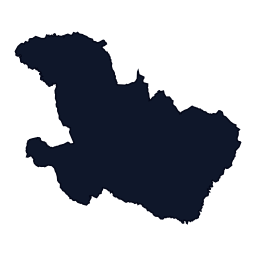 Paltas, Loja, Ecuador (Robinson projection)
{"feature_id": "8360857B19688519580687", "entity_name": "Paltas", "entity_type": "district", "adm_level": 2, "iso_a3": "ECU", "parent_name": "Ecuador", "parent_adm1": "Loja", "projection": "robinson", "projection_center": [-79.812, -4.002], "detail": "fine", "context": "isolated", "style": "filled", "palette": "ink", "viewbox_px": 256, "rotation_deg": 0, "n_neighbors": 0, "source": "geoboundaries", "source_scale": "gbopen_adm2", "svg_char_len": 5712}
<svg xmlns="http://www.w3.org/2000/svg" viewBox="0 0 256 256"><path d="M73.6,32.7L72.3,35.2L70.3,35.4L67.9,34.3L65.0,35.3L64.0,37.1L63.7,36.0L63.2,35.8L62.0,36.5L59.7,36.4L58.5,35.8L57.5,36.4L55.8,36.1L55.3,35.3L55.3,34.3L54.5,33.9L53.7,34.5L54.4,35.7L53.0,36.4L51.8,35.3L49.3,36.5L48.9,35.3L47.9,35.6L46.7,35.1L45.7,37.7L44.4,38.6L41.3,38.6L35.7,36.6L32.6,38.7L29.9,38.9L29.2,39.8L29.1,41.5L28.5,42.1L27.2,42.3L25.6,41.7L23.9,44.1L22.0,43.5L21.0,43.9L18.1,46.5L15.4,51.4L16.0,53.1L16.5,53.5L16.0,54.7L16.1,55.2L17.4,55.9L18.8,56.0L20.0,54.8L21.0,55.4L21.2,56.3L19.8,57.2L20.5,58.5L20.9,61.6L21.4,62.2L22.9,62.1L24.7,63.8L26.0,63.3L28.3,65.4L28.6,67.7L29.8,67.5L32.5,69.1L35.1,67.7L36.2,69.5L36.7,69.5L37.1,68.8L37.5,69.9L38.3,70.1L38.5,71.0L40.5,71.9L41.1,73.2L39.8,73.7L39.8,74.2L42.3,76.4L40.9,76.9L40.7,79.2L41.7,79.9L43.2,79.6L43.5,81.0L44.7,81.3L46.1,82.8L46.8,84.1L47.9,84.0L48.1,85.2L48.8,86.0L49.5,86.2L51.3,85.2L52.2,85.2L52.9,83.4L53.9,83.9L55.5,83.3L56.7,84.3L56.4,85.4L56.8,86.7L55.2,90.5L55.4,93.3L55.8,94.0L55.6,98.4L57.0,102.2L56.3,104.2L56.6,106.7L57.8,107.7L57.8,111.1L59.4,115.3L59.3,118.0L59.6,118.9L61.3,120.4L63.5,125.5L65.2,125.4L67.0,126.0L67.8,126.8L68.5,126.5L69.1,127.5L70.3,127.7L70.4,129.9L69.7,131.7L69.9,132.8L74.0,142.5L73.7,143.4L73.0,143.8L70.3,144.2L68.6,142.6L67.8,142.4L63.7,144.6L61.8,145.0L61.4,145.6L60.3,145.3L58.1,146.4L56.2,146.6L55.1,147.3L54.4,147.1L53.1,148.1L51.3,147.5L50.6,147.8L48.0,146.0L46.9,145.8L46.7,144.5L45.9,143.8L45.7,143.0L45.1,142.9L44.6,142.2L42.4,141.8L41.4,141.3L40.5,140.5L40.2,138.6L39.4,137.9L37.3,137.7L36.5,138.7L36.0,138.1L32.5,138.9L29.5,139.8L29.0,140.6L27.9,141.1L28.0,142.2L27.3,143.3L27.4,145.4L26.4,147.9L26.6,150.1L26.2,150.9L26.7,151.3L26.7,152.5L27.7,153.5L26.6,156.8L27.9,157.0L30.3,155.8L30.3,155.4L32.4,156.5L32.5,157.5L33.1,157.5L33.7,159.0L34.4,159.6L33.7,160.8L34.5,163.3L36.5,165.4L37.3,165.1L37.7,166.0L38.4,166.4L39.0,165.9L41.2,166.3L44.2,166.2L44.8,166.6L48.0,164.9L52.1,165.5L54.7,168.2L55.5,171.1L56.6,173.2L57.5,176.7L57.8,180.4L58.7,181.9L60.6,183.7L60.5,187.5L61.6,188.4L62.9,190.5L64.6,191.3L66.5,193.8L67.7,194.5L69.0,196.2L69.8,196.6L70.1,198.4L71.6,198.3L73.1,200.2L74.3,200.4L75.3,200.0L76.3,200.5L77.2,201.5L77.9,201.7L77.9,202.2L80.8,203.2L81.8,203.0L82.9,204.0L86.5,204.9L87.9,203.4L89.2,202.8L88.9,201.3L90.9,197.8L90.9,197.3L89.7,196.9L89.7,195.9L93.0,195.5L94.0,196.5L96.6,197.5L98.1,195.5L98.9,193.8L101.0,193.3L101.2,191.3L102.3,189.7L102.7,187.7L103.1,187.7L106.6,188.7L108.9,190.7L110.4,191.0L110.6,192.6L112.3,191.5L112.7,192.9L113.6,193.8L113.3,195.1L114.0,196.0L115.4,196.8L117.0,196.7L117.9,197.8L118.6,197.7L119.1,198.8L121.3,199.0L125.5,201.9L126.2,202.1L128.5,201.0L129.4,201.9L131.1,201.7L133.8,202.5L134.7,203.3L137.4,202.6L138.0,204.4L139.2,203.7L141.3,203.8L142.2,204.8L142.9,205.0L142.6,205.7L142.9,206.2L145.4,207.8L146.6,207.9L147.3,209.9L147.9,210.6L149.1,210.4L151.1,212.1L152.8,212.8L153.6,214.6L154.6,215.5L155.8,216.1L158.4,216.2L160.6,218.7L162.8,218.9L164.7,217.0L165.9,217.6L166.6,217.0L169.1,217.0L170.0,216.3L171.1,217.6L172.2,216.9L174.1,218.1L176.1,217.6L178.0,219.4L179.0,219.4L179.6,220.4L180.6,220.9L181.4,220.7L182.0,222.5L182.9,223.1L183.6,222.9L183.5,220.4L184.9,220.2L186.3,221.2L186.6,223.1L187.2,223.5L187.7,220.8L189.2,220.6L190.6,221.4L191.3,220.3L192.5,220.7L193.0,219.7L193.7,219.8L195.1,218.5L196.4,218.5L197.9,217.8L198.3,217.3L198.3,215.7L199.5,214.5L199.5,213.3L198.6,212.1L198.7,211.2L199.5,210.5L200.9,211.0L200.7,209.2L201.9,207.5L201.5,206.0L203.1,204.7L203.0,204.0L201.9,203.4L203.2,202.0L203.0,199.4L205.5,196.3L207.9,195.5L208.3,193.9L207.8,192.2L209.4,191.9L207.6,190.0L207.6,189.2L210.3,189.2L210.4,188.7L209.4,187.0L209.8,186.2L211.9,186.8L212.5,186.3L211.9,185.0L212.3,182.4L211.6,181.8L211.9,180.8L212.7,180.3L215.5,181.8L218.2,180.5L218.7,178.2L219.7,177.7L219.8,176.3L220.2,175.5L223.1,174.0L223.3,172.3L223.6,171.9L223.3,170.7L224.2,169.4L224.4,168.3L226.1,167.6L226.7,168.3L228.0,168.1L231.6,165.2L231.2,163.1L232.4,160.0L233.5,158.7L233.9,157.1L234.9,156.3L234.7,153.8L235.5,152.7L235.1,150.9L238.9,146.8L240.6,142.4L240.0,141.8L238.4,141.7L237.4,140.5L236.9,139.2L237.1,137.3L238.0,135.1L238.1,132.5L237.6,131.5L239.4,129.5L235.7,127.1L235.8,125.0L233.4,124.2L230.4,122.1L225.7,117.0L223.1,115.9L222.2,112.3L220.2,111.0L218.9,110.8L217.0,113.2L215.7,114.1L213.4,113.7L211.5,114.7L210.5,114.1L209.9,114.4L207.0,113.4L205.7,112.0L203.5,111.7L202.2,110.4L201.1,110.1L200.4,109.2L198.5,109.1L196.8,108.0L196.0,108.3L195.1,107.5L193.5,107.2L192.6,106.4L192.0,106.4L187.5,109.6L185.2,110.3L181.1,112.6L181.2,113.5L180.3,113.4L179.9,113.8L179.1,112.1L177.6,110.9L175.4,107.0L172.9,105.0L172.5,103.4L172.9,100.9L171.2,99.9L170.8,98.8L169.3,97.1L165.9,97.2L164.0,93.9L163.4,91.1L161.6,91.6L160.2,91.6L159.3,90.8L158.6,91.1L158.1,91.6L158.8,92.2L158.4,92.2L157.3,93.5L156.8,93.4L155.1,94.8L155.1,96.5L152.8,97.4L150.9,99.9L149.3,100.5L149.5,99.4L148.8,97.2L148.5,93.5L147.6,91.8L147.7,89.0L147.0,87.7L147.5,86.6L147.6,84.0L143.3,82.9L142.8,82.0L142.6,79.9L143.8,78.0L143.8,77.1L138.9,74.8L138.1,70.9L137.7,71.9L137.4,78.8L135.5,81.9L133.5,83.0L132.3,82.8L127.8,85.0L126.7,84.5L125.2,85.3L117.5,84.9L116.6,84.0L116.9,82.4L116.3,81.6L115.9,79.9L115.0,78.8L115.2,76.2L114.1,74.5L114.3,73.2L113.4,71.2L112.2,69.7L111.5,67.3L111.2,66.1L111.6,63.4L110.8,62.1L110.7,59.8L110.1,59.7L109.9,57.1L108.8,55.3L108.7,54.4L107.5,53.5L107.2,52.3L106.2,52.2L104.7,51.0L104.2,49.9L102.0,48.1L102.0,46.3L104.2,45.5L106.4,43.9L105.9,42.7L104.7,42.0L104.1,40.6L103.2,40.3L99.1,42.5L97.0,42.9L95.7,41.9L93.1,41.5L92.3,39.3L89.2,38.4L87.7,37.7L86.8,36.7L83.6,35.5L82.5,34.7L79.3,34.2L77.6,32.5L76.0,33.5L73.6,32.7Z" fill="#0f172a" stroke="#020617" stroke-width="1.5"/></svg>